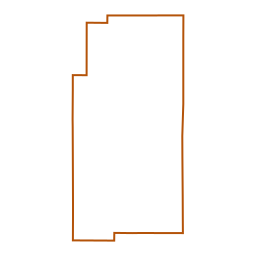 outline of Lee, Mississippi, United States of America
{"feature_id": "52423323B67844258759837", "entity_name": "Lee", "entity_type": "district", "adm_level": 2, "iso_a3": "USA", "parent_name": "United States of America", "parent_adm1": "Mississippi", "projection": "equal_earth", "projection_center": [-88.697, 34.292], "detail": "fine", "context": "isolated", "style": "outline", "palette": "amber", "viewbox_px": 256, "rotation_deg": 0, "n_neighbors": 0, "source": "geoboundaries", "source_scale": "gbopen_adm2", "svg_char_len": 419}
<svg xmlns="http://www.w3.org/2000/svg" viewBox="0 0 256 256"><path d="M72.9,240.4L114.2,240.6L114.3,232.9L132.2,233.1L139.9,233.0L182.9,233.1L182.8,217.9L182.7,195.0L182.4,157.9L182.3,135.9L183.3,104.0L183.3,55.1L183.3,38.1L183.4,15.4L107.4,15.5L107.3,22.9L86.7,22.7L86.6,75.2L72.8,75.1L72.8,90.1L72.6,119.4L72.7,127.0L72.9,172.4L73.0,202.6L73.0,218.0L72.9,240.4Z" fill="none" stroke="#b45309" stroke-width="2"/></svg>